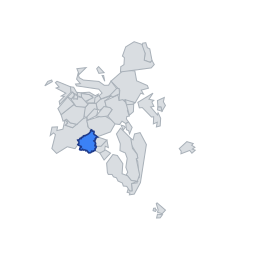 Belarus highlighted on a map of Europe, rotated 138°
{"feature_id": "BLR", "entity_name": "Belarus", "entity_type": "country or territory", "adm_level": 0, "iso_a3": "BLR", "parent_name": "Europe", "parent_adm1": "", "projection": "orthographic", "projection_center": [28.129, 53.705], "detail": "fine", "context": "in_parent", "style": "filled", "palette": "blue", "viewbox_px": 256, "rotation_deg": 138, "n_neighbors": 37, "source": "natural_earth", "source_scale": "50m", "svg_char_len": 10455}
<svg xmlns="http://www.w3.org/2000/svg" viewBox="0 0 256 256"><g transform="rotate(138 128 128)"><path d="M155.1,41.9L159.9,41.4L162.5,45.7L160.4,46.9L157.6,52.9L156.5,52.9L155.1,41.9ZM171.7,80.8L168.2,82.8L168.8,80.1L167.0,78.6L162.6,84.3L157.9,81.1L155.5,84.6L152.9,83.6L143.1,96.8L142.5,99.6L140.8,99.2L138.8,102.5L136.6,114.2L132.9,118.5L132.2,115.8L127.1,119.2L122.1,116.5L125.4,103.4L155.3,79.1L167.6,74.7L171.7,77.4L170.1,78.4L171.7,80.8ZM167.0,42.0L163.8,44.2L160.4,40.5L164.2,39.7L167.0,42.0ZM164.7,49.8L162.7,51.2L161.3,50.2L162.0,49.3L161.6,48.1L163.4,47.6L164.7,49.8Z" fill="#d9dde1" stroke="#a8b0b8" stroke-width="1"/><path d="M105.7,142.0L116.3,154.5L108.8,161.6L109.3,174.2L92.9,174.0L84.7,165.9L90.0,157.3L85.2,146.6L86.2,143.9L92.8,147.3L93.8,142.8L95.3,145.3L105.7,142.0ZM111.0,183.3L114.0,178.3L112.1,184.4L111.0,183.3Z" fill="#d9dde1" stroke="#a8b0b8" stroke-width="1"/><path d="M132.9,118.5L138.3,109.8L138.8,102.5L140.8,99.2L142.5,99.6L150.7,85.5L156.9,82.1L160.7,86.9L160.7,94.4L157.8,95.3L155.9,100.2L148.9,106.0L146.7,111.2L149.1,116.6L144.3,121.4L140.6,131.3L133.6,132.9L132.9,118.5Z" fill="#d9dde1" stroke="#a8b0b8" stroke-width="1"/><path d="M186.7,174.2L190.9,174.4L183.9,179.5L179.6,176.0L182.6,173.7L177.2,170.7L169.1,176.4L169.5,172.0L172.7,172.0L169.0,165.3L158.8,166.6L151.6,163.5L156.9,155.9L156.2,151.2L158.8,150.2L173.6,152.5L174.4,149.6L181.2,148.1L185.7,154.7L198.1,156.9L198.3,163.7L186.3,171.7L186.7,174.2Z" fill="#d9dde1" stroke="#a8b0b8" stroke-width="1"/><path d="M156.7,142.0L157.1,146.9L155.6,147.6L157.2,154.8L153.6,161.2L137.5,153.7L134.2,142.7L134.9,139.7L143.6,136.8L156.7,142.0Z" fill="#d9dde1" stroke="#a8b0b8" stroke-width="1"/><path d="M138.1,163.0L134.7,168.2L130.9,168.5L117.9,162.8L127.1,163.6L129.9,158.5L137.3,160.2L138.1,163.0Z" fill="#d9dde1" stroke="#a8b0b8" stroke-width="1"/><path d="M151.6,163.5L153.1,165.7L148.1,171.5L140.8,172.8L135.3,167.6L138.1,163.0L151.6,163.5Z" fill="#d9dde1" stroke="#a8b0b8" stroke-width="1"/><path d="M163.5,164.9L169.0,165.3L172.7,172.0L169.5,172.0L167.8,175.7L167.5,170.5L163.5,164.9Z" fill="#d9dde1" stroke="#a8b0b8" stroke-width="1"/><path d="M167.8,175.7L171.7,176.5L168.8,182.7L152.7,181.7L145.8,172.0L154.3,165.0L163.5,164.9L167.5,170.5L167.8,175.7Z" fill="#d9dde1" stroke="#a8b0b8" stroke-width="1"/><path d="M163.9,135.5L161.5,140.7L156.7,142.0L151.8,133.1L160.3,132.4L163.9,135.5Z" fill="#d9dde1" stroke="#a8b0b8" stroke-width="1"/><path d="M165.7,128.2L167.6,133.4L163.9,135.5L160.3,132.4L151.8,133.1L155.7,126.6L157.1,129.7L161.3,126.1L165.7,128.2Z" fill="#d9dde1" stroke="#a8b0b8" stroke-width="1"/><path d="M167.2,120.2L165.7,128.2L159.4,126.7L157.8,121.0L167.2,120.2Z" fill="#d9dde1" stroke="#a8b0b8" stroke-width="1"/><path d="M134.9,139.7L135.1,150.5L127.6,152.3L129.9,158.5L127.1,163.6L113.3,159.3L116.3,154.5L113.0,152.7L112.6,148.7L114.5,142.2L116.8,141.3L119.1,136.0L121.2,137.3L123.2,135.8L123.6,132.0L126.7,132.8L127.9,137.1L131.9,136.2L134.9,139.7Z" fill="#d9dde1" stroke="#a8b0b8" stroke-width="1"/><path d="M152.0,180.1L152.7,181.7L168.8,182.7L167.1,189.4L152.1,191.4L152.0,180.1Z" fill="#d9dde1" stroke="#a8b0b8" stroke-width="1"/><path d="M161.6,215.0L156.4,216.3L152.6,214.7L153.2,213.1L161.6,215.0ZM146.2,192.8L163.0,191.1L161.3,193.9L154.2,194.1L156.2,196.4L150.9,195.5L154.7,205.8L151.8,204.6L151.6,210.3L149.5,210.2L143.2,197.2L146.2,192.8Z" fill="#d9dde1" stroke="#a8b0b8" stroke-width="1"/><path d="M146.2,192.8L143.2,197.2L141.1,194.6L143.1,185.3L146.2,192.8Z" fill="#d9dde1" stroke="#a8b0b8" stroke-width="1"/><path d="M136.1,169.2L143.1,175.2L132.9,175.3L139.3,185.6L132.8,180.5L130.7,173.9L127.3,173.0L136.1,169.2Z" fill="#d9dde1" stroke="#a8b0b8" stroke-width="1"/><path d="M118.6,161.3L119.6,165.8L110.9,166.2L108.2,163.3L111.4,159.1L118.6,161.3Z" fill="#d9dde1" stroke="#a8b0b8" stroke-width="1"/><path d="M111.9,148.7L112.2,151.4L111.0,150.7L111.9,148.7Z" fill="#d9dde1" stroke="#a8b0b8" stroke-width="1"/><path d="M113.6,146.3L111.0,150.7L105.7,142.0L111.7,142.8L113.6,146.3Z" fill="#d9dde1" stroke="#a8b0b8" stroke-width="1"/><path d="M118.4,136.6L113.6,146.3L107.8,141.9L113.1,136.5L118.4,136.6Z" fill="#d9dde1" stroke="#a8b0b8" stroke-width="1"/><path d="M65.0,162.1L67.5,161.8L70.6,167.5L65.3,172.1L64.2,178.2L60.3,181.2L57.7,179.5L59.9,174.8L58.9,172.2L65.0,162.1Z" fill="#d9dde1" stroke="#a8b0b8" stroke-width="1"/><path d="M61.7,180.9L65.3,172.1L70.6,167.5L67.5,161.8L65.0,162.1L66.0,157.6L70.5,157.1L96.1,174.7L92.3,178.4L88.6,177.8L83.6,182.7L84.0,185.2L75.4,189.8L65.7,188.0L61.7,180.9Z" fill="#d9dde1" stroke="#a8b0b8" stroke-width="1"/><path d="M91.7,123.6L87.7,128.7L80.6,126.4L84.2,123.8L85.1,119.7L91.5,117.7L89.5,121.5L91.7,123.6Z" fill="#d9dde1" stroke="#a8b0b8" stroke-width="1"/><path d="M120.2,164.3L128.7,167.8L128.4,171.4L123.9,171.3L123.7,176.4L138.1,193.8L137.6,195.8L133.7,192.8L133.5,198.7L128.8,201.8L130.6,198.0L129.1,193.5L118.5,182.1L117.0,175.5L113.8,172.8L109.3,174.2L110.0,165.0L120.2,164.3ZM118.7,200.9L128.4,200.5L126.3,206.3L118.7,200.9ZM108.7,185.1L113.1,188.1L111.6,193.0L108.8,193.3L108.7,185.1Z" fill="#d9dde1" stroke="#a8b0b8" stroke-width="1"/><path d="M126.7,132.8L123.6,132.0L124.5,125.7L130.8,122.6L129.3,125.6L130.3,127.7L126.7,132.8ZM133.0,129.7L131.2,134.7L129.5,131.9L129.6,130.3L133.0,129.7Z" fill="#d9dde1" stroke="#a8b0b8" stroke-width="1"/><path d="M91.7,123.6L89.5,121.5L91.5,117.7L94.0,121.8L91.7,123.6ZM97.1,128.5L97.4,118.0L95.5,119.2L97.2,113.4L102.7,108.0L106.2,109.8L102.4,112.7L106.4,114.1L101.4,119.2L103.2,120.4L103.7,133.6L106.1,135.4L103.5,140.5L86.1,137.2L93.2,135.3L90.3,131.3L92.9,131.3L94.3,126.7L97.1,128.5Z" fill="#d9dde1" stroke="#a8b0b8" stroke-width="1"/><path d="M105.9,73.4L104.0,75.2L103.7,78.4L93.4,78.5L89.9,72.8L92.2,72.6L91.2,68.9L94.4,69.3L92.9,66.5L97.4,66.5L97.1,70.0L105.9,73.4Z" fill="#d9dde1" stroke="#a8b0b8" stroke-width="1"/><path d="M128.7,167.8L135.3,167.6L136.1,169.2L132.1,172.7L127.8,171.6L128.7,167.8Z" fill="#d9dde1" stroke="#a8b0b8" stroke-width="1"/><path d="M168.8,80.1L168.0,85.5L170.3,88.0L169.0,90.9L170.9,95.3L169.9,98.7L171.5,101.5L170.9,104.1L173.7,106.7L173.1,108.7L167.4,116.2L157.0,118.4L154.3,114.7L155.7,105.0L163.0,98.0L160.3,92.8L160.7,86.9L156.9,82.1L162.6,84.3L167.0,78.6L168.8,80.1Z" fill="#d9dde1" stroke="#a8b0b8" stroke-width="1"/><path d="M153.0,160.9L151.0,163.8L140.2,164.8L138.1,161.6L142.9,158.2L153.0,160.9Z" fill="#d9dde1" stroke="#a8b0b8" stroke-width="1"/><path d="M135.1,150.5L140.8,154.5L143.7,158.3L131.6,160.1L127.7,155.3L127.6,152.3L135.1,150.5Z" fill="#d9dde1" stroke="#a8b0b8" stroke-width="1"/><path d="M139.7,185.0L134.4,178.7L133.7,173.8L142.9,176.7L142.6,181.7L139.7,185.0Z" fill="#d9dde1" stroke="#a8b0b8" stroke-width="1"/><path d="M150.7,187.5L152.1,191.4L145.0,191.8L145.8,188.1L150.7,187.5Z" fill="#d9dde1" stroke="#a8b0b8" stroke-width="1"/><path d="M141.9,172.4L145.8,172.0L152.2,178.7L151.2,187.0L148.3,187.6L146.4,183.3L144.6,185.0L141.9,181.8L141.9,172.4Z" fill="#d9dde1" stroke="#a8b0b8" stroke-width="1"/><path d="M144.0,185.8L141.7,188.3L139.3,185.6L141.9,181.8L144.0,185.8Z" fill="#d9dde1" stroke="#a8b0b8" stroke-width="1"/><path d="M145.3,188.8L144.0,185.8L145.9,183.5L149.0,185.9L145.3,188.8Z" fill="#d9dde1" stroke="#a8b0b8" stroke-width="1"/><path d="M176.4,149.3L175.9,149.3L175.4,149.3L175.1,149.6L174.7,149.5L174.2,150.0L173.8,150.6L173.7,150.7L173.6,151.1L173.5,151.4L173.5,151.7L173.7,151.9L173.7,152.2L173.7,152.4L173.6,152.5L173.5,152.8L173.3,152.7L173.0,152.5L172.9,152.2L172.7,152.0L172.6,151.9L172.3,151.9L171.9,152.0L171.4,152.1L171.1,152.1L170.9,152.3L170.6,152.4L170.4,152.2L170.3,151.9L170.1,151.6L170.0,151.4L169.9,151.4L169.7,151.5L169.3,151.8L169.2,151.9L169.0,152.2L168.9,152.2L168.7,151.7L168.3,151.7L167.9,151.6L167.7,151.5L167.4,151.7L167.2,151.7L166.9,151.6L166.7,151.8L166.6,152.0L166.4,152.0L166.4,151.6L166.2,151.5L165.9,151.5L165.6,151.5L165.4,151.5L165.1,150.9L164.9,150.9L164.6,150.9L164.2,150.8L163.7,150.7L163.4,150.6L163.0,150.4L162.1,150.2L161.8,150.1L161.3,150.1L160.5,150.0L160.0,150.0L159.8,150.1L159.5,150.2L159.1,150.2L158.9,150.2L158.6,150.2L158.3,150.2L158.2,150.3L158.1,150.6L157.7,151.0L157.3,151.3L157.2,151.3L157.0,151.1L156.8,151.0L156.6,151.0L156.4,151.1L156.4,151.5L156.2,151.1L156.2,150.7L156.3,150.5L156.5,150.3L156.4,150.1L156.6,149.7L156.6,149.4L156.5,149.2L156.2,149.0L156.1,148.9L155.8,148.7L155.5,148.5L155.5,148.4L155.6,148.2L155.8,147.8L156.1,147.5L156.3,147.4L157.2,147.0L157.3,146.8L157.4,146.6L157.4,146.4L157.4,146.0L157.4,145.5L157.3,145.2L157.2,144.6L156.8,143.2L156.7,141.9L156.8,142.0L157.2,142.0L157.6,141.9L157.9,142.0L158.1,141.9L158.3,141.9L158.4,142.0L158.6,142.2L159.0,142.0L159.3,141.9L159.7,141.9L159.8,141.3L159.9,141.2L160.3,141.3L160.5,141.2L160.9,140.8L161.1,140.9L161.3,140.7L161.4,140.8L161.5,141.0L161.4,141.2L161.6,141.3L161.8,141.3L162.0,141.3L162.0,141.2L162.0,140.9L161.9,140.7L161.7,140.6L161.6,140.4L161.7,140.0L161.9,139.7L162.0,139.6L162.0,139.4L162.0,139.0L162.2,138.6L162.3,138.2L162.6,138.1L162.9,138.1L163.1,137.9L163.2,137.7L163.3,137.4L164.1,137.4L164.2,137.2L164.4,137.0L164.5,136.9L164.4,136.8L164.3,136.7L163.8,136.7L163.9,136.2L164.0,135.8L164.1,135.5L164.1,135.3L164.5,135.2L164.9,134.7L165.1,134.7L165.7,134.8L166.0,134.8L166.3,134.8L166.4,134.4L166.6,134.3L167.0,133.7L167.3,133.5L167.5,133.4L167.6,133.5L167.9,133.8L168.1,133.7L168.5,133.7L168.7,133.8L168.8,134.0L169.0,134.2L169.4,134.0L169.5,133.9L170.1,134.1L170.3,134.2L170.4,134.3L170.4,134.5L170.3,134.9L170.4,135.1L170.6,135.2L170.9,135.0L171.0,134.9L171.3,134.8L171.4,134.6L171.6,134.6L171.8,134.6L172.2,134.6L172.7,134.8L172.8,134.9L173.0,135.1L173.1,135.3L173.4,135.4L173.5,135.5L173.8,135.6L173.8,135.8L173.8,136.3L173.7,136.4L173.6,136.6L173.6,136.8L173.8,137.0L174.0,137.3L174.0,137.5L173.8,138.1L173.7,138.2L173.7,138.4L173.6,138.7L174.1,139.1L174.4,139.3L174.5,139.3L174.3,139.8L174.6,140.0L174.7,140.3L174.9,140.7L175.1,141.0L175.7,141.3L176.1,141.5L176.2,142.0L176.1,142.3L176.0,142.5L176.6,142.5L177.1,142.6L177.7,142.9L177.7,143.0L177.7,143.3L177.8,143.5L178.3,143.8L178.4,144.1L178.4,144.3L178.2,144.3L177.8,144.6L177.8,144.8L177.4,145.2L177.1,145.3L176.9,145.3L176.4,145.3L176.2,145.1L176.0,144.9L175.7,145.0L175.4,145.0L175.2,145.2L175.1,145.5L175.1,145.8L175.3,146.0L175.5,146.3L175.7,146.6L175.8,146.7L175.8,146.8L175.7,147.0L176.0,147.6L175.9,147.6L175.9,148.0L175.9,148.5L176.0,148.6L176.2,148.8L176.4,149.2L176.4,149.3Z" fill="#3b82f6" stroke="#1e3a8a" stroke-width="1.5"/></g></svg>